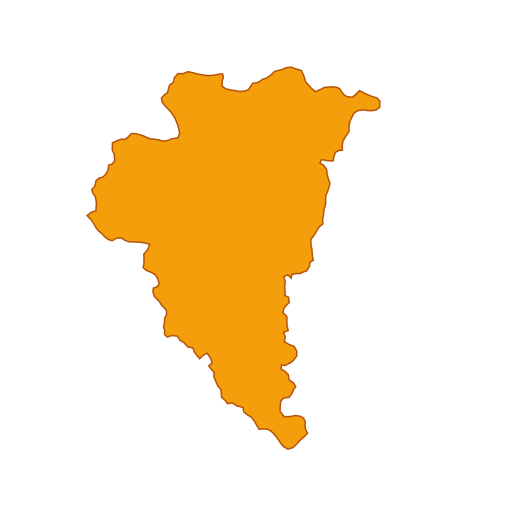 outline of Alpinópolis, Minas Gerais, Brazil, rotated 167°
{"feature_id": "56859067B92353622671718", "entity_name": "Alpinópolis", "entity_type": "district", "adm_level": 2, "iso_a3": "BRA", "parent_name": "Brazil", "parent_adm1": "Minas Gerais", "projection": "albers", "projection_center": [-46.38, -20.827], "detail": "fine", "context": "isolated", "style": "filled", "palette": "amber", "viewbox_px": 512, "rotation_deg": 167, "n_neighbors": 0, "source": "geoboundaries", "source_scale": "gbopen_adm2", "svg_char_len": 3731}
<svg xmlns="http://www.w3.org/2000/svg" viewBox="0 0 512 512"><g transform="rotate(167 256 256)"><path d="M292.1,86.6L286.4,85.6L282.9,84.1L279.9,80.8L277.4,76.4L275.6,72.2L274.1,68.1L271.9,63.9L268.5,60.7L263.6,60.9L259.4,63.1L256.4,65.2L253.4,67.2L249.5,69.2L245.6,71.8L246.8,76.1L246.3,79.9L245.2,83.6L246.2,87.5L249.4,90.1L253.6,91.8L258.4,91.8L264.6,93.1L267.5,99.2L266.3,103.9L264.6,109.0L260.8,111.4L255.6,110.8L252.0,113.9L249.7,117.1L246.7,119.7L248.1,124.1L251.6,127.8L251.3,133.2L253.8,137.3L257.1,140.3L255.7,144.1L252.2,142.7L248.6,143.7L245.0,144.7L242.1,146.6L238.8,149.5L237.7,154.3L239.1,159.1L244.1,162.7L247.6,166.1L245.7,170.7L246.3,175.4L241.4,176.1L241.4,181.1L240.7,185.2L239.5,189.9L242.4,194.8L240.5,198.8L237.7,201.0L234.0,203.3L233.6,208.6L236.7,210.8L235.6,214.8L235.0,219.8L233.3,224.1L233.6,229.4L229.4,230.5L226.6,226.5L225.3,229.9L221.1,229.9L216.7,229.0L213.2,229.9L210.0,230.1L206.4,233.7L204.6,237.9L201.2,238.8L201.0,244.1L200.0,249.4L200.0,253.9L198.9,259.7L195.6,262.4L192.8,265.0L190.5,267.7L187.6,270.3L183.6,272.2L183.0,276.3L181.0,280.9L179.5,285.6L177.6,288.8L176.1,292.2L175.3,296.1L174.3,299.4L172.0,302.4L169.7,306.0L167.6,310.0L168.1,315.1L168.3,319.7L167.7,324.3L169.6,329.2L172.9,332.0L170.5,335.2L164.7,332.7L159.5,331.3L157.5,335.8L155.1,339.2L151.3,340.2L148.0,339.7L147.1,344.3L145.3,348.6L141.2,352.8L137.3,356.4L136.2,361.5L134.0,366.4L131.4,369.6L128.6,373.0L124.4,374.7L118.4,374.3L114.0,372.4L110.0,371.5L105.9,371.3L102.0,373.0L100.5,379.0L102.6,382.8L106.3,384.9L109.8,387.3L113.5,390.0L117.9,393.9L122.0,391.3L126.2,389.1L131.0,390.5L134.0,393.2L135.5,396.4L136.9,400.3L140.0,402.5L144.0,403.8L147.7,404.3L151.4,404.9L155.8,403.7L161.1,402.8L164.1,406.6L166.4,410.7L168.5,414.9L168.9,420.7L170.0,426.5L175.0,429.3L179.8,432.3L184.7,432.6L188.9,431.8L196.2,431.7L201.4,428.7L206.2,426.9L209.9,426.7L213.1,425.2L216.6,424.6L220.3,425.1L223.3,422.2L225.9,419.9L229.3,419.3L234.7,419.9L240.1,422.2L244.0,423.7L248.1,425.9L250.9,429.2L249.4,434.3L247.6,437.5L247.6,441.0L251.9,441.6L256.1,441.6L260.4,442.2L264.7,443.4L269.4,445.4L272.6,446.7L275.8,448.6L281.0,450.9L285.8,450.1L291.1,451.3L295.4,448.1L297.4,443.9L301.7,442.0L303.6,438.7L305.4,435.2L309.3,433.5L312.6,431.2L312.8,426.7L311.0,423.1L309.3,420.1L306.8,415.9L305.2,412.2L303.8,408.2L302.9,402.0L302.6,396.7L302.9,392.4L305.8,388.6L311.7,389.2L315.3,388.4L320.0,388.6L324.1,390.7L328.4,392.6L332.2,393.7L335.6,396.0L338.7,398.4L342.0,400.3L345.7,402.3L350.1,403.3L353.9,400.7L357.6,399.0L360.9,400.2L364.9,399.7L370.4,398.6L372.2,391.8L371.3,386.9L372.2,380.5L375.7,377.9L379.1,377.7L380.7,373.3L384.0,369.4L387.6,367.3L390.9,367.3L394.8,365.5L397.4,360.2L401.0,357.7L400.9,354.1L399.2,350.0L399.5,343.9L400.8,339.4L401.9,335.9L406.3,335.8L411.5,333.4L408.0,327.3L406.6,323.4L405.5,319.5L403.8,315.9L401.0,312.3L398.7,308.1L395.8,305.0L392.7,303.2L388.3,304.7L383.5,304.1L380.3,300.9L377.0,298.6L370.8,296.9L366.1,295.6L361.5,293.8L356.8,291.3L360.5,286.3L364.9,283.1L365.8,278.3L366.9,273.8L368.6,270.0L366.0,266.6L361.6,263.5L358.3,260.2L356.8,255.8L356.6,250.5L359.4,248.3L363.2,247.8L364.5,244.1L364.0,239.2L362.0,236.1L360.3,233.1L359.2,229.7L357.3,226.5L355.5,223.0L356.2,219.2L359.1,215.8L360.2,211.4L362.1,207.9L361.7,204.2L362.8,200.3L360.8,197.0L355.9,197.5L350.6,195.6L349.0,190.9L345.7,187.8L342.9,182.8L338.1,180.5L337.6,176.0L336.0,172.4L334.0,168.6L329.9,171.1L325.5,172.4L323.3,166.7L322.7,161.8L326.8,159.5L325.0,155.6L323.1,152.2L324.2,147.7L323.4,143.0L322.4,137.8L320.3,133.9L320.7,130.1L321.3,126.0L318.5,122.2L317.1,118.6L312.4,118.3L308.6,114.4L302.7,111.4L303.0,106.7L300.0,103.1L296.8,99.9L294.9,95.8L293.3,90.7L292.1,86.6Z" fill="#f59e0b" stroke="#b45309" stroke-width="1.5"/></g></svg>